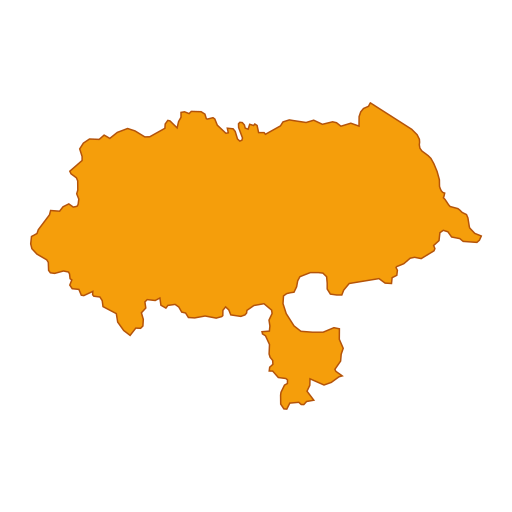 SVG path tracing the border of North Yorkshire
{"feature_id": "GBR-2140", "entity_name": "North Yorkshire", "entity_type": "Administrative County", "adm_level": 1, "iso_a3": "GBR", "parent_name": "United Kingdom", "parent_adm1": "", "projection": "mercator", "projection_center": [-1.361, 54.089], "detail": "fine", "context": "isolated", "style": "filled", "palette": "amber", "viewbox_px": 512, "rotation_deg": 0, "n_neighbors": 0, "source": "natural_earth", "source_scale": "10m", "svg_char_len": 3494}
<svg xmlns="http://www.w3.org/2000/svg" viewBox="0 0 512 512"><path d="M370.4,102.9L411.7,129.3L417.1,134.7L419.4,139.3L419.6,142.2L419.3,144.8L419.9,148.2L421.9,151.0L428.2,155.7L430.9,158.4L433.8,163.6L437.1,171.5L439.4,179.8L439.5,186.4L440.2,188.5L441.2,190.7L442.7,192.4L444.7,193.1L443.9,196.5L443.4,197.8L445.0,199.4L448.6,204.8L450.1,206.5L457.9,208.6L459.8,210.1L462.1,212.4L466.5,214.6L467.9,217.9L469.3,226.6L469.7,228.0L474.8,233.4L481.3,236.0L481.2,236.3L479.4,240.2L476.9,242.4L463.2,241.4L459.8,238.6L451.6,237.0L447.9,231.8L443.3,230.3L439.9,232.7L439.0,240.6L433.6,245.5L434.9,248.6L434.0,250.8L421.2,258.6L414.6,257.3L410.2,258.2L403.8,263.7L396.7,266.6L396.0,267.5L397.4,270.3L396.8,275.3L392.1,277.7L391.5,283.5L385.1,283.1L379.0,278.6L349.2,283.5L343.7,290.1L341.8,295.0L336.8,295.0L330.4,294.1L327.2,289.0L327.2,283.1L326.6,276.7L322.9,273.1L318.6,272.6L310.3,272.6L304.4,274.9L299.9,276.7L297.7,280.8L296.6,286.8L294.0,292.2L290.5,292.7L286.7,293.6L283.5,295.9L283.0,303.6L286.2,313.6L294.0,325.9L300.9,331.3L312.4,332.2L323.1,332.2L333.9,327.7L339.4,328.8L339.3,339.3L343.2,348.3L341.2,354.2L340.6,361.1L334.9,369.3L335.8,371.3L342.2,375.9L339.0,376.8L331.3,382.4L324.0,385.0L310.0,378.8L309.8,385.3L307.0,391.2L313.8,400.2L306.6,401.5L303.8,404.6L301.2,404.5L298.8,402.3L289.8,403.1L286.8,409.1L283.9,408.9L280.7,404.1L280.6,395.1L281.0,392.3L284.5,385.1L287.4,383.5L287.5,379.9L285.8,378.5L278.3,377.5L272.7,371.1L269.2,371.0L269.7,367.2L272.9,364.3L272.7,360.5L270.1,357.3L269.1,354.0L269.5,344.5L265.5,335.8L262.5,333.9L262.0,331.7L269.4,331.1L269.9,326.0L269.0,320.1L272.1,313.5L271.6,310.1L264.0,303.7L253.9,305.5L246.9,310.4L246.6,313.0L245.0,314.9L240.8,316.4L230.8,314.9L228.8,309.9L225.6,306.9L222.9,310.3L222.8,315.6L221.7,316.6L216.2,318.1L205.1,316.0L194.7,317.9L188.4,317.5L185.6,313.0L181.7,312.1L178.8,307.0L175.1,304.4L167.9,305.4L165.9,308.1L160.9,305.2L159.9,298.0L155.2,300.5L147.2,299.6L144.9,301.9L145.8,308.0L141.4,312.8L143.3,319.3L142.9,326.0L140.6,328.3L135.8,328.1L130.1,335.4L123.7,330.5L117.7,322.1L116.3,313.6L103.0,306.6L102.2,300.6L99.9,297.0L93.8,296.2L92.6,294.7L92.8,291.4L83.8,295.6L81.3,295.2L78.9,289.4L72.2,288.7L69.8,285.1L71.8,279.9L70.1,278.7L69.5,273.8L68.4,272.0L63.5,271.0L54.6,273.4L50.4,272.8L48.6,270.4L48.3,262.4L46.7,259.8L36.9,254.1L31.9,248.7L30.7,243.9L31.5,236.5L37.0,233.5L38.3,229.7L49.5,214.8L50.6,210.5L59.6,211.2L63.0,206.8L68.8,203.9L73.3,207.1L77.0,206.3L78.1,204.5L78.8,199.1L76.7,193.8L77.8,190.1L77.7,180.9L76.4,177.8L71.0,173.8L69.8,171.2L82.1,160.5L82.1,156.5L79.7,148.9L83.4,143.1L89.5,139.0L99.2,139.4L104.1,135.1L106.6,136.5L109.8,138.4L117.3,132.4L127.6,128.5L135.0,130.9L144.8,136.9L149.7,136.8L164.9,128.3L165.2,124.0L167.8,120.4L170.0,120.9L177.1,127.9L178.6,121.5L181.0,117.3L181.0,112.4L184.5,111.8L189.1,113.6L191.3,111.4L197.3,111.6L201.1,111.7L204.9,114.1L206.3,118.6L207.3,119.1L213.0,117.7L214.8,119.0L217.3,125.2L225.9,133.3L228.3,132.8L227.3,128.2L233.1,128.8L235.2,131.4L237.5,139.0L239.8,141.1L241.9,140.2L242.5,138.0L238.6,127.5L238.5,123.8L239.9,122.3L242.3,122.6L244.4,125.0L245.2,128.1L248.1,129.2L249.7,124.3L253.6,125.5L254.8,124.0L257.1,125.5L258.6,132.6L264.1,132.6L265.4,134.3L279.9,126.2L280.4,126.0L283.0,121.9L289.3,119.9L293.6,120.6L306.1,122.5L313.7,120.2L322.4,124.3L332.6,121.8L336.5,122.7L340.9,126.2L350.8,123.2L359.0,126.1L359.1,116.6L360.7,111.9L363.5,108.5L368.5,106.3L370.2,103.1L370.4,102.9L370.4,102.9Z" fill="#f59e0b" stroke="#b45309" stroke-width="1.5"/></svg>